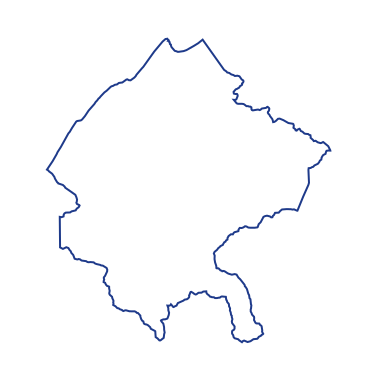 the district of Ascope, La Libertad, Peru, rotated 84°
{"feature_id": "86281439B48399127015258", "entity_name": "Ascope", "entity_type": "district", "adm_level": 2, "iso_a3": "PER", "parent_name": "Peru", "parent_adm1": "La Libertad", "projection": "albers", "projection_center": [-79.075, -7.694], "detail": "fine", "context": "isolated", "style": "outline", "palette": "blue", "viewbox_px": 384, "rotation_deg": 84, "n_neighbors": 0, "source": "geoboundaries", "source_scale": "gbopen_adm2", "svg_char_len": 6028}
<svg xmlns="http://www.w3.org/2000/svg" viewBox="0 0 384 384"><g transform="rotate(84 192 192)"><path d="M278.1,158.1L278.4,161.0L277.2,163.9L276.6,165.0L274.2,167.9L273.8,169.0L274.0,170.2L273.4,170.7L272.9,171.9L271.0,173.3L270.5,174.2L270.6,175.1L270.2,175.7L268.0,175.6L264.4,176.4L261.0,176.6L257.6,176.1L255.4,176.7L253.9,175.8L252.1,173.1L250.5,171.7L249.7,170.3L248.8,169.4L247.8,166.8L247.1,166.5L245.3,165.1L244.9,163.9L243.8,163.3L243.0,161.7L241.5,161.5L239.6,160.2L238.1,157.7L238.4,155.8L236.9,154.7L236.4,153.8L235.8,150.0L234.2,149.6L232.7,148.3L233.0,146.3L232.6,144.6L231.6,142.8L232.0,141.4L233.2,139.8L233.5,138.6L234.1,133.5L234.0,130.7L233.7,130.3L230.9,129.0L229.3,126.9L224.2,123.5L223.6,121.8L223.4,119.9L224.4,117.1L225.5,115.9L225.5,114.7L224.3,114.1L223.3,112.8L221.4,111.6L221.6,107.9L220.1,106.3L218.8,104.3L218.9,100.1L219.4,95.7L220.0,93.8L219.9,92.4L221.5,89.6L221.6,89.1L208.2,81.9L197.1,75.5L195.1,74.7L182.2,73.9L180.5,73.5L180.5,71.5L179.8,70.0L179.6,68.8L178.4,67.5L177.1,63.9L175.6,62.4L174.1,61.5L173.3,60.0L171.3,59.5L169.4,58.1L168.9,57.5L168.0,55.2L166.2,54.6L165.1,53.9L165.0,52.1L165.3,50.1L165.0,50.1L160.7,51.7L156.2,56.1L156.0,56.4L156.7,58.1L156.8,59.1L155.7,61.8L154.0,63.7L154.1,65.6L152.9,66.2L150.5,68.4L149.0,68.2L147.9,68.3L147.4,69.5L146.5,70.4L146.0,73.0L145.6,74.1L143.6,75.8L142.7,77.4L140.5,78.3L140.3,78.6L141.0,80.5L141.9,81.5L141.5,82.5L140.5,82.6L138.7,84.4L136.7,83.8L135.1,84.1L134.7,84.5L133.5,88.9L130.1,93.6L128.2,97.1L128.2,98.8L130.1,101.2L130.9,102.8L131.0,104.0L129.1,104.2L127.7,104.6L124.6,106.5L123.3,106.9L122.1,107.9L121.1,108.3L120.1,108.0L119.2,107.0L117.4,106.4L116.6,106.6L115.2,107.9L115.3,108.5L115.9,109.2L116.1,110.0L116.3,113.8L117.3,115.2L117.6,116.1L117.0,117.4L116.9,118.3L117.2,123.0L116.7,123.9L115.9,124.2L114.0,124.1L113.2,125.0L113.0,126.3L112.5,127.2L112.3,128.9L110.5,130.7L109.9,131.6L109.5,133.1L109.1,137.0L108.5,138.3L104.7,140.8L104.9,139.7L104.6,138.4L104.3,138.1L101.2,136.5L99.9,136.6L99.2,137.0L99.1,137.4L99.1,138.5L98.5,140.1L96.8,140.2L94.5,137.8L94.0,136.0L93.6,135.4L93.3,134.5L92.7,133.8L91.9,133.4L90.8,131.2L90.3,130.9L89.3,130.9L88.4,129.7L87.2,129.2L86.4,129.4L85.3,130.8L81.9,132.7L81.1,134.6L81.1,137.2L80.0,138.6L79.2,140.6L77.5,142.5L76.8,144.5L75.6,145.3L73.9,147.3L41.6,165.5L44.7,170.3L47.0,175.1L50.3,182.7L51.0,185.6L51.2,190.7L51.0,191.9L50.5,192.5L49.9,194.2L49.4,194.7L45.8,197.2L43.9,197.7L43.2,197.6L42.5,198.5L41.3,198.5L40.8,198.9L40.2,198.7L39.6,199.0L39.3,199.8L39.0,199.4L38.3,199.5L37.9,200.2L37.0,200.5L37.1,202.4L39.3,205.5L48.4,214.9L62.5,227.4L63.8,228.9L69.6,235.0L70.8,235.8L72.2,237.4L74.5,241.4L74.2,243.1L73.2,244.5L73.3,245.5L75.8,249.8L75.9,253.3L77.2,255.4L77.3,257.5L78.2,259.4L78.5,261.1L79.1,262.1L82.3,266.2L83.8,268.7L87.3,272.8L88.8,274.3L89.2,275.1L91.1,276.8L92.4,278.4L94.3,279.9L100.2,286.3L105.4,290.6L108.4,293.7L109.2,295.1L109.4,298.8L109.9,299.8L115.6,304.5L119.4,307.3L120.8,308.8L133.5,317.7L138.4,321.6L140.3,322.7L146.8,327.4L154.6,333.9L155.4,332.8L156.5,332.1L159.2,329.2L162.6,327.3L164.3,326.9L166.5,325.9L168.3,325.0L169.0,324.2L169.5,324.1L171.5,319.7L173.3,318.1L174.5,317.6L182.6,308.3L185.2,307.5L187.5,307.1L189.9,307.7L190.5,308.1L191.3,307.9L191.8,307.7L193.3,305.4L193.7,305.2L195.3,306.3L196.5,308.4L198.1,309.6L198.7,313.8L199.6,315.4L199.3,319.6L199.9,321.0L201.0,321.9L202.9,322.3L203.4,324.4L202.9,326.1L233.3,329.0L235.1,326.3L233.8,322.8L234.8,320.8L237.1,319.7L238.2,318.8L239.9,318.4L242.2,316.7L246.1,315.7L247.0,313.4L247.1,312.7L246.8,312.0L247.2,310.5L248.6,309.0L249.7,304.6L250.7,303.3L251.0,302.4L251.1,300.1L251.7,297.1L252.8,296.1L253.6,294.7L254.9,290.9L255.5,290.1L255.9,288.4L258.6,284.9L260.3,284.4L262.1,284.7L266.3,287.2L267.7,288.6L268.7,288.7L269.9,288.5L271.2,289.1L272.4,289.3L273.2,287.9L275.1,287.3L276.6,286.2L277.2,284.6L277.6,284.3L279.2,284.5L281.7,284.2L283.7,284.8L284.5,284.9L285.6,284.5L287.8,282.5L289.5,282.3L291.7,281.5L292.8,281.6L293.4,281.9L294.5,281.7L296.1,282.2L297.7,280.0L299.7,278.4L300.0,277.1L301.0,276.1L302.0,274.0L302.7,273.5L303.2,272.7L302.7,270.8L302.8,269.9L304.1,266.6L304.7,261.5L305.3,260.4L306.4,259.6L306.6,258.5L309.5,256.3L310.5,256.4L313.1,255.8L314.8,255.0L315.6,253.9L317.3,253.7L318.2,253.2L318.8,252.0L319.0,251.1L319.8,249.8L322.1,247.7L323.7,247.3L326.3,243.4L326.7,243.1L332.5,243.3L334.1,241.5L336.2,239.9L336.3,239.1L336.1,238.6L334.1,235.4L330.3,234.5L328.9,233.9L326.1,234.1L323.4,233.9L319.9,234.3L317.9,235.7L316.7,236.3L316.3,236.0L315.7,233.9L315.8,231.8L315.3,229.8L314.9,229.5L311.9,228.0L309.7,227.4L307.2,227.9L304.9,227.7L302.4,228.3L302.7,226.2L302.2,225.2L301.5,224.7L303.1,223.5L304.0,223.1L304.5,222.3L303.7,220.5L303.4,219.3L301.0,217.7L299.1,211.8L298.3,210.7L298.1,208.2L297.5,207.1L296.4,205.9L295.3,205.6L294.5,205.7L294.3,205.4L291.6,204.1L291.3,203.8L291.2,203.2L292.7,201.2L293.5,200.5L294.3,199.2L294.2,198.3L292.9,196.1L293.1,193.0L292.2,191.2L292.3,188.2L293.8,188.2L295.1,187.5L296.4,186.1L298.1,184.8L298.2,184.0L298.7,183.2L299.0,181.2L299.9,180.2L300.1,178.2L299.9,176.4L300.0,175.4L299.3,174.4L299.0,173.2L299.8,169.3L302.8,169.2L303.3,168.8L305.3,168.4L306.9,167.2L308.3,167.0L309.4,167.1L311.7,166.3L313.8,166.7L315.7,166.1L318.3,166.0L319.1,165.4L320.6,165.5L322.6,165.1L324.8,165.9L326.6,165.8L330.1,163.7L332.4,164.0L333.4,164.7L334.1,166.3L334.8,166.7L336.3,166.9L337.1,166.9L338.7,166.0L340.6,165.8L341.9,164.9L343.3,161.4L344.5,160.5L346.6,158.0L345.5,156.8L345.2,155.7L347.0,152.4L346.5,149.4L344.8,146.3L344.8,142.5L344.4,141.9L343.0,140.7L342.3,138.8L341.9,138.0L341.4,137.8L340.9,136.4L340.5,136.0L338.3,136.9L336.9,136.6L332.8,136.8L332.1,137.2L331.3,138.2L329.9,138.8L329.4,141.8L328.6,142.6L325.8,143.7L323.7,143.3L322.5,143.4L320.1,145.2L319.0,145.3L317.0,146.1L314.9,145.9L314.1,145.5L310.8,144.8L309.9,145.1L304.7,145.1L303.6,145.9L300.5,146.0L299.2,146.6L294.3,147.5L292.2,148.5L291.3,149.3L290.2,149.3L289.5,149.6L283.8,153.2L282.0,154.8L278.8,156.3L278.1,158.1Z" fill="none" stroke="#1e3a8a" stroke-width="2"/></g></svg>